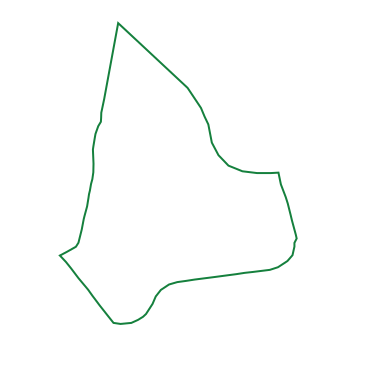 outline of Chamkar Mon, Phnom Penh, Cambodia, rotated 284°
{"feature_id": "14789045B33698683582262", "entity_name": "Chamkar Mon", "entity_type": "district", "adm_level": 2, "iso_a3": "KHM", "parent_name": "Cambodia", "parent_adm1": "Phnom Penh", "projection": "equal_earth", "projection_center": [104.92, 11.542], "detail": "fine", "context": "isolated", "style": "outline", "palette": "green", "viewbox_px": 384, "rotation_deg": 284, "n_neighbors": 0, "source": "geoboundaries", "source_scale": "gbopen_adm2", "svg_char_len": 1043}
<svg xmlns="http://www.w3.org/2000/svg" viewBox="0 0 384 384"><g transform="rotate(284 192 192)"><path d="M165.0,92.6L161.0,93.0L152.7,93.7L142.7,93.5L139.6,93.5L128.9,94.1L115.3,94.1L110.8,92.6L103.4,84.8L98.4,79.2L93.7,86.5L88.6,93.2L81.0,102.6L72.1,114.8L67.3,120.4L59.5,130.0L52.0,139.7L46.0,147.5L46.7,154.6L50.3,164.8L54.8,170.5L59.1,174.7L62.5,176.9L73.9,180.8L81.9,182.1L89.5,185.5L96.7,192.1L101.0,199.5L104.5,208.2L107.7,215.8L114.9,234.3L119.8,246.7L122.9,254.6L126.3,262.7L129.1,270.3L135.3,286.4L139.8,293.6L148.1,301.3L155.0,304.8L163.8,304.6L167.4,303.7L172.2,304.8L175.6,303.1L181.7,299.7L188.7,295.8L193.7,293.2L204.0,287.7L209.7,284.2L220.9,276.4L231.7,271.2L229.5,264.1L226.1,250.5L224.3,235.9L226.4,221.0L234.1,208.8L244.7,199.3L261.5,191.5L268.3,185.9L275.7,180.4L291.9,162.6L338.0,79.5L260.9,84.3L252.7,84.6L247.0,84.8L241.9,85.9L238.1,86.6L233.2,85.1L225.0,84.3L220.7,84.6L212.1,85.3L209.2,85.6L195.6,89.6L187.2,91.5L180.3,92.2L175.4,92.1L168.6,92.6L165.0,92.6Z" fill="none" stroke="#15803d" stroke-width="2"/></g></svg>